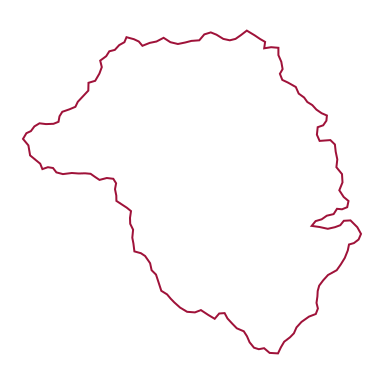 Senhora dos Remédios, Minas Gerais, Brazil (Albers equal-area conic projection)
{"feature_id": "56859067B9863701766336", "entity_name": "Senhora dos Remédios", "entity_type": "district", "adm_level": 2, "iso_a3": "BRA", "parent_name": "Brazil", "parent_adm1": "Minas Gerais", "projection": "albers", "projection_center": [-43.6, -21.04], "detail": "fine", "context": "isolated", "style": "outline", "palette": "rose", "viewbox_px": 384, "rotation_deg": 0, "n_neighbors": 0, "source": "geoboundaries", "source_scale": "gbopen_adm2", "svg_char_len": 2195}
<svg xmlns="http://www.w3.org/2000/svg" viewBox="0 0 384 384"><path d="M214.7,318.8L219.2,313.5L224.6,313.1L227.5,318.5L232.4,323.8L236.8,328.3L243.8,331.3L247.0,336.3L249.6,342.3L254.0,347.7L258.8,349.2L264.1,348.2L269.6,352.9L278.0,353.4L280.9,347.3L284.2,341.7L290.0,337.3L293.9,333.3L296.5,327.4L301.5,321.9L309.0,316.6L315.8,314.0L317.9,308.5L316.5,302.9L317.4,296.5L317.7,291.0L319.2,285.6L323.2,280.3L328.0,275.0L336.7,270.2L340.8,264.4L344.8,257.9L347.8,250.4L349.0,244.5L353.9,243.1L358.6,239.5L361.0,233.9L357.3,227.2L350.5,220.4L343.8,220.8L340.3,225.2L334.9,227.2L327.8,228.8L319.5,227.0L311.7,225.9L315.6,221.1L321.7,219.3L326.8,215.7L333.6,214.1L337.0,208.8L342.0,209.3L347.2,207.2L348.5,201.0L343.7,197.0L339.3,190.3L342.5,182.4L342.0,174.1L336.4,167.2L337.3,159.4L335.7,151.7L334.9,144.5L330.4,140.1L324.9,140.5L319.6,140.9L316.9,134.7L317.7,127.2L323.2,125.3L326.4,120.7L326.9,115.5L321.6,113.2L316.4,109.6L312.3,105.1L307.3,102.0L304.1,97.5L298.7,93.6L295.8,87.0L287.8,82.5L282.3,79.9L279.9,73.8L282.6,69.1L281.3,61.8L278.4,55.1L278.4,47.8L271.1,47.2L264.2,48.3L265.1,41.9L260.1,39.0L254.6,35.3L246.8,30.6L240.8,35.2L235.5,38.9L229.8,40.3L223.3,38.9L216.5,34.7L210.8,32.4L204.3,34.4L199.3,40.3L191.4,40.9L185.2,42.5L177.9,44.0L170.4,42.2L163.6,37.8L156.5,41.5L149.7,42.9L142.4,45.8L138.8,41.5L133.9,39.2L126.5,37.2L124.4,42.2L119.2,45.1L114.8,49.9L109.3,51.3L106.2,56.2L100.2,60.6L101.8,67.1L99.4,73.6L95.2,80.8L88.5,82.8L88.3,90.6L82.3,97.0L77.8,101.8L75.4,106.8L69.5,109.3L62.3,111.8L59.5,116.3L58.5,121.8L53.5,123.8L46.0,124.1L39.5,123.3L34.4,126.4L30.9,131.1L26.4,133.2L23.0,138.9L28.4,145.4L30.1,155.4L36.3,160.5L40.2,163.7L42.4,169.1L47.9,167.2L53.0,168.0L56.4,172.4L62.9,174.1L71.8,173.0L78.8,173.5L85.0,173.3L90.6,173.8L95.0,176.9L99.5,179.9L106.8,178.0L113.3,178.8L116.1,183.3L115.0,189.2L116.3,195.6L116.4,200.9L121.9,204.5L126.8,207.7L131.0,211.1L130.0,217.9L130.2,223.8L133.1,229.7L132.3,237.7L133.4,243.4L134.4,251.4L140.9,253.2L145.1,256.0L150.1,263.2L151.6,270.2L156.0,274.6L158.7,282.8L161.3,290.8L167.1,294.4L170.7,298.7L174.3,302.4L180.1,307.6L187.1,311.8L194.9,312.4L200.9,310.1L208.2,314.9L214.7,318.8Z" fill="none" stroke="#9f1239" stroke-width="2"/></svg>